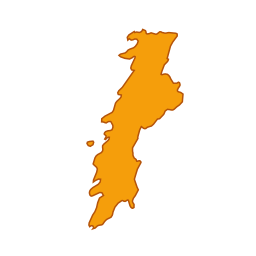 Harju, Equal Earth projection, rotated 295°
{"feature_id": "EST-1654", "entity_name": "Harju", "entity_type": "County", "adm_level": 1, "iso_a3": "EST", "parent_name": "Estonia", "parent_adm1": "", "projection": "equal_earth", "projection_center": [24.879, 59.328], "detail": "fine", "context": "isolated", "style": "filled", "palette": "amber", "viewbox_px": 256, "rotation_deg": 295, "n_neighbors": 0, "source": "natural_earth", "source_scale": "10m", "svg_char_len": 3500}
<svg xmlns="http://www.w3.org/2000/svg" viewBox="0 0 256 256"><g transform="rotate(295 128 128)"><path d="M21.9,138.8L23.1,139.0L24.2,137.9L24.3,136.7L23.6,135.6L22.4,135.0L23.5,133.6L25.6,132.9L34.1,132.8L38.2,133.4L42.6,133.2L47.6,132.1L52.5,131.8L56.5,134.3L58.3,131.7L57.6,129.6L51.5,124.5L50.7,123.4L51.0,122.1L52.2,120.9L53.5,120.2L54.9,120.0L56.5,120.2L59.2,121.4L64.5,124.9L67.3,125.6L70.0,124.8L69.2,122.8L66.7,120.7L64.4,119.4L66.3,118.7L74.7,118.3L78.0,117.5L79.1,116.1L80.3,112.4L80.7,111.6L86.9,110.7L89.1,110.9L91.0,111.7L94.4,114.2L96.3,114.7L98.1,114.2L99.6,113.2L101.1,112.5L102.9,112.8L108.3,115.2L110.0,115.5L111.7,115.0L111.4,114.0L109.8,113.0L108.1,112.5L108.1,111.6L110.6,111.8L111.6,111.5L112.0,110.4L112.3,109.2L113.1,108.8L114.2,108.9L115.3,109.3L117.0,111.0L118.2,113.0L119.7,114.3L122.4,114.0L123.5,113.4L124.1,113.0L126.3,110.1L126.5,109.5L125.7,107.8L125.0,107.1L124.2,106.6L123.4,106.1L123.1,105.0L123.1,104.0L123.0,103.2L122.8,102.4L122.4,101.5L125.3,100.3L129.0,102.1L135.4,107.0L137.8,107.4L145.2,106.2L147.4,106.6L151.3,108.2L153.3,108.6L155.1,108.0L154.3,105.0L155.6,103.8L157.8,103.9L162.5,105.7L182.8,109.3L182.2,106.7L183.5,105.2L185.8,104.7L194.7,104.7L195.7,104.3L195.6,103.5L194.9,102.7L193.9,102.4L191.2,100.3L189.8,95.7L189.4,91.2L190.0,89.1L191.7,89.9L194.8,93.7L196.6,94.6L198.6,95.1L200.2,96.3L203.1,99.2L205.2,100.2L208.3,100.8L211.1,100.5L212.2,98.4L211.5,96.5L210.0,95.2L209.0,93.7L209.5,91.4L208.9,91.3L208.1,90.9L207.6,90.7L209.9,89.0L212.8,89.5L218.1,92.9L217.4,93.8L218.6,95.2L219.4,98.0L220.7,99.2L222.5,99.8L223.5,99.6L223.6,100.1L223.6,102.7L223.1,103.3L221.4,104.6L221.3,105.3L221.5,105.9L222.4,107.2L222.8,107.6L224.0,108.7L224.7,113.3L224.9,113.9L225.8,114.7L228.6,116.1L228.9,116.7L229.1,117.6L228.9,118.4L229.3,119.8L229.4,120.7L229.8,121.9L230.4,122.8L231.4,124.1L232.0,125.4L234.0,131.1L234.1,131.7L234.0,132.8L232.2,133.7L224.8,132.2L220.1,131.9L207.5,134.1L207.4,135.6L206.8,135.7L205.8,135.8L204.3,135.5L200.6,134.2L193.9,134.7L190.7,135.2L190.5,135.6L190.7,136.3L191.7,137.4L192.7,138.8L193.3,141.1L192.9,142.6L192.1,144.2L190.4,146.2L187.8,150.2L189.2,153.2L189.6,153.6L190.8,154.3L190.8,155.5L190.3,156.0L189.5,156.7L188.5,157.1L187.1,157.0L185.5,156.7L183.3,156.7L182.4,157.3L182.1,158.3L182.5,160.7L182.0,163.5L174.7,166.2L170.7,164.9L167.7,163.2L164.7,162.0L163.4,161.1L162.8,160.2L162.7,159.4L162.4,158.8L162.3,158.0L162.0,157.3L161.7,156.0L160.1,155.0L159.0,154.5L158.1,154.5L157.5,154.6L155.4,154.6L149.8,152.7L148.5,150.9L142.2,149.5L139.9,148.5L139.4,148.1L138.5,147.0L136.8,145.2L135.0,144.3L134.4,143.3L134.3,142.2L134.9,139.5L131.3,139.4L124.8,140.5L123.4,140.9L122.7,141.4L112.0,140.5L108.9,141.9L107.5,143.0L105.6,143.9L104.9,144.5L103.4,146.3L102.9,148.6L101.6,149.9L101.8,150.5L102.4,151.1L103.1,152.1L103.3,152.7L102.6,154.2L101.7,154.3L94.7,153.9L89.7,154.6L84.4,155.4L83.5,156.1L78.3,161.1L76.3,163.5L69.8,163.2L66.8,162.6L64.6,162.7L63.3,163.1L62.7,163.6L62.2,164.2L62.0,164.7L61.2,165.8L58.5,167.0L57.4,166.3L57.1,165.8L57.1,165.2L57.4,164.1L58.0,163.2L58.6,162.5L62.4,159.1L62.7,158.6L62.7,158.3L62.3,157.8L61.3,157.2L60.3,156.4L59.9,155.3L60.0,154.5L59.9,153.6L59.6,153.1L55.7,150.8L50.7,149.6L45.6,149.9L43.1,150.5L42.2,150.6L39.9,150.3L36.7,147.7L35.4,147.0L33.3,146.3L30.3,145.8L29.2,145.2L27.6,142.8L26.5,141.7L23.5,140.5L22.0,138.9L21.9,138.8ZM98.0,97.2L99.5,98.8L101.3,101.8L100.6,102.9L98.1,103.3L95.5,101.6L95.3,99.4L96.6,97.4L98.0,97.2Z" fill="#f59e0b" stroke="#b45309" stroke-width="1.5"/></g></svg>